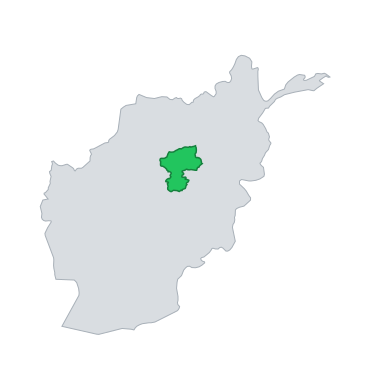 where Bamyan sits in Afghanistan, rotated 352°
{"feature_id": "AFG-1743", "entity_name": "Bamyan", "entity_type": "Province", "adm_level": 1, "iso_a3": "AFG", "parent_name": "Afghanistan", "parent_adm1": "", "projection": "equal_earth", "projection_center": [67.218, 34.704], "detail": "fine", "context": "in_parent", "style": "filled", "palette": "green", "viewbox_px": 384, "rotation_deg": 352, "n_neighbors": 0, "source": "natural_earth", "source_scale": "10m", "svg_char_len": 7504}
<svg xmlns="http://www.w3.org/2000/svg" viewBox="0 0 384 384"><g transform="rotate(352 192 192)"><path d="M167.8,94.2L175.3,93.4L180.4,94.4L183.0,97.2L185.6,97.9L188.2,96.6L189.8,96.3L190.4,97.2L191.7,97.6L193.6,97.4L194.7,98.2L195.0,99.8L196.4,101.9L199.0,104.5L201.4,105.1L204.4,103.1L205.4,103.4L205.9,102.7L206.2,101.3L208.0,99.9L211.4,98.6L213.3,97.5L213.9,96.6L215.1,96.3L216.3,96.6L217.2,96.2L217.8,94.9L219.0,94.5L220.0,94.7L224.7,99.3L226.5,100.7L227.3,100.5L229.6,98.0L229.9,95.7L229.2,92.7L229.6,90.2L231.1,88.4L233.9,87.3L238.0,86.8L240.5,87.1L241.5,88.0L242.7,88.6L244.3,88.7L245.7,87.6L247.0,85.3L247.0,82.5L245.8,79.2L246.1,78.1L248.2,76.5L250.3,74.0L252.4,70.8L254.4,66.9L256.8,64.4L259.8,63.5L263.4,64.6L267.7,67.6L269.4,71.4L268.4,75.8L268.4,78.3L269.3,78.8L274.1,77.9L274.7,78.5L274.7,79.8L274.0,81.7L273.3,87.0L272.0,100.2L274.2,108.0L275.7,111.2L277.1,112.2L278.6,112.5L280.0,112.2L282.9,110.2L287.3,106.5L291.6,104.2L297.8,102.9L299.8,98.9L302.6,96.3L309.2,92.4L312.7,90.9L314.8,90.6L319.8,92.1L320.1,93.3L319.8,94.6L318.4,95.6L318.0,96.5L318.6,97.1L320.6,97.3L329.3,94.6L331.1,92.2L333.0,92.1L336.7,93.1L339.5,92.8L341.1,93.8L344.6,97.3L343.5,97.5L341.9,96.8L341.1,95.7L337.6,97.2L333.7,99.3L333.8,99.9L337.4,103.1L330.2,106.6L327.0,108.6L326.2,108.6L321.3,106.8L307.6,107.4L297.2,108.5L293.2,110.2L289.4,111.1L287.5,112.0L286.2,113.9L280.6,118.0L279.5,119.5L276.3,119.4L273.1,123.4L268.3,128.2L267.3,130.4L268.1,131.6L270.7,133.3L271.9,135.0L273.8,139.6L274.6,142.9L275.8,144.3L276.4,148.2L275.3,150.4L275.3,151.5L277.0,154.5L276.6,155.4L275.4,156.8L273.6,160.6L270.2,163.4L268.8,165.9L266.4,168.7L265.4,171.0L264.4,172.2L263.3,172.9L263.6,174.2L264.6,175.7L266.2,177.5L266.2,184.5L265.4,186.5L261.1,188.5L256.9,189.3L251.8,189.3L249.9,189.0L242.8,186.5L240.6,187.7L240.1,190.8L244.2,195.9L245.9,198.7L247.8,203.4L249.2,205.9L248.8,208.2L241.5,213.2L236.9,213.7L233.9,214.6L232.5,215.8L231.5,221.2L230.5,223.1L230.5,225.5L229.6,228.1L228.1,229.8L227.1,232.6L228.0,246.8L223.8,252.5L221.4,254.6L219.2,255.5L217.3,255.2L214.9,251.9L213.3,250.7L211.6,250.9L210.0,252.1L207.3,251.7L205.0,250.6L203.9,250.7L203.2,251.8L200.8,254.3L194.8,258.0L192.3,258.3L191.3,259.2L191.7,260.8L192.8,262.0L194.7,262.9L194.7,263.9L191.7,265.8L188.6,267.1L185.0,267.5L181.3,266.8L179.4,265.2L177.1,265.0L175.1,266.2L172.9,268.2L170.0,273.3L165.7,276.4L164.6,279.5L163.3,285.2L163.6,293.5L163.1,297.2L162.2,299.6L162.3,301.5L163.8,303.7L163.2,305.1L162.0,306.7L160.8,307.6L137.2,315.6L133.3,315.8L131.3,315.5L124.6,315.5L121.8,316.1L119.0,317.1L117.0,318.5L115.3,320.5L112.6,319.4L103.8,317.4L79.9,320.0L77.7,319.5L44.5,306.9L65.6,278.7L66.2,276.3L66.3,271.7L65.2,265.6L63.2,262.8L45.1,259.5L44.6,254.8L44.9,252.7L44.6,248.6L44.7,245.4L45.7,240.2L45.8,237.9L40.6,214.7L40.6,212.5L44.1,207.2L48.5,202.0L48.3,201.0L46.2,200.5L42.9,200.4L41.2,199.6L39.9,198.2L39.4,196.1L40.4,192.4L39.7,185.3L43.2,179.2L48.5,178.9L45.9,174.5L45.4,174.0L45.2,173.3L45.5,172.5L46.8,172.2L50.1,169.4L50.2,167.9L52.9,163.7L52.8,161.9L54.6,157.0L53.8,153.8L53.7,152.0L55.6,150.9L56.9,146.3L57.6,145.2L57.7,144.1L57.3,142.3L59.1,142.0L60.7,144.3L63.2,146.8L64.8,147.5L66.9,147.9L71.5,147.1L72.5,147.2L77.3,151.5L78.1,152.6L78.5,154.4L79.2,154.9L80.9,153.2L82.6,152.6L85.7,153.1L87.3,152.5L95.3,147.1L95.9,143.7L96.7,141.8L97.8,140.6L96.5,136.7L97.0,135.9L98.0,135.6L100.6,135.6L112.6,131.3L115.7,131.3L116.4,130.9L116.6,129.7L117.5,128.4L123.1,125.3L126.4,122.1L127.6,119.7L133.1,100.1L135.9,98.4L138.8,97.1L148.6,96.8L150.4,90.8L151.3,89.3L153.1,88.0L160.2,92.2L167.8,94.2Z" fill="#d9dde1" stroke="#a8b0b8" stroke-width="1"/><path d="M188.0,184.0L187.2,184.7L186.9,185.1L186.7,185.6L186.6,185.8L186.2,186.9L185.9,187.3L185.8,187.5L185.6,187.6L183.8,187.9L183.1,188.2L183.0,188.3L182.9,188.4L182.8,188.5L182.6,188.8L182.4,189.1L182.2,189.2L181.9,188.8L181.8,188.7L181.7,188.6L181.1,188.8L180.9,188.9L179.7,189.7L179.4,189.7L178.6,189.3L178.5,189.2L178.4,189.2L178.3,188.9L178.2,188.8L178.0,188.7L174.2,187.8L173.8,187.8L173.2,188.0L172.9,188.1L172.7,188.2L172.6,188.3L172.3,188.5L171.7,188.7L171.2,188.7L170.0,187.9L168.8,186.6L168.6,186.3L168.5,186.2L168.4,185.9L168.4,185.5L168.5,184.7L168.6,184.2L169.2,183.0L169.2,182.7L168.9,181.6L168.8,180.5L168.9,180.4L168.9,180.2L169.1,180.1L169.4,179.8L169.5,179.8L169.7,179.7L169.8,179.6L169.9,179.4L169.9,179.2L169.7,178.9L169.3,178.7L168.6,178.4L167.8,178.3L167.7,178.0L167.5,177.7L167.9,176.9L169.2,175.9L169.4,175.8L170.6,175.4L170.8,175.4L171.4,175.7L171.6,175.6L171.9,175.4L173.2,174.1L173.2,173.8L172.9,173.5L172.8,173.3L172.7,173.0L172.7,172.9L172.7,172.5L172.8,172.2L173.5,171.4L173.8,170.9L174.0,170.7L174.0,170.3L174.0,170.1L173.9,169.9L173.8,169.7L173.6,169.4L173.4,169.2L172.6,168.7L172.4,168.6L172.1,168.7L171.9,168.7L171.5,168.5L171.4,168.4L171.4,168.5L171.2,168.6L171.1,168.3L171.2,168.1L171.3,167.9L171.2,167.7L170.8,167.4L170.6,167.2L170.4,167.0L170.1,166.7L170.0,166.4L169.9,165.5L169.7,165.4L169.1,164.7L168.8,164.3L168.7,164.1L166.9,162.6L166.3,162.3L165.3,162.1L165.1,162.0L165.0,161.9L164.9,161.8L164.8,161.6L164.7,161.5L164.7,161.3L164.6,161.1L164.6,160.9L164.7,160.1L164.7,159.9L164.8,159.8L164.8,159.6L164.9,159.3L165.0,158.6L165.2,157.4L165.2,157.2L164.9,156.8L164.8,156.7L164.7,156.6L164.7,156.4L164.8,155.7L165.0,155.2L165.2,154.8L165.4,154.7L165.5,154.6L166.0,154.4L169.0,154.8L169.4,154.8L170.2,154.5L171.3,154.0L171.8,154.0L172.0,153.8L172.1,153.6L173.5,150.9L174.6,149.5L174.8,149.2L175.4,149.1L176.5,149.6L177.1,149.7L179.2,149.8L179.8,149.6L181.7,148.7L183.4,148.2L185.4,147.4L185.6,147.4L185.8,147.4L186.2,147.5L186.6,147.5L187.4,147.8L189.7,146.8L191.0,146.5L191.6,146.5L194.4,147.2L194.6,147.2L194.9,147.2L196.0,146.8L196.4,146.8L196.5,146.9L196.7,147.2L196.8,147.3L197.0,147.4L199.2,147.1L200.1,147.1L201.9,146.7L201.9,147.4L202.0,147.9L202.3,148.9L202.3,149.1L202.3,149.3L202.1,149.7L202.1,150.0L202.2,150.8L202.2,151.0L202.1,151.3L202.0,151.5L201.9,151.8L201.8,152.6L201.7,152.9L201.6,153.2L201.5,153.5L201.4,153.8L200.8,154.1L200.7,154.2L200.6,154.4L200.5,154.6L200.4,154.8L200.3,155.0L200.2,155.6L200.2,155.8L200.3,156.1L200.4,156.4L200.4,156.6L200.3,156.9L200.4,157.9L200.5,158.1L200.7,158.3L201.3,158.5L201.5,158.6L201.6,158.8L201.8,158.8L202.4,158.6L202.6,158.6L202.8,158.8L203.6,159.4L203.7,159.5L203.8,159.5L204.0,159.4L205.1,160.7L205.4,161.5L205.4,162.3L205.5,162.9L205.5,163.7L205.4,164.6L205.5,164.8L205.9,165.1L206.1,165.3L203.7,166.7L203.1,167.2L202.8,167.7L202.4,168.3L202.1,168.5L201.7,168.4L201.4,168.4L201.1,168.4L201.0,168.5L200.8,168.7L200.7,168.9L200.3,169.5L200.2,169.6L200.1,170.0L199.6,171.1L198.3,170.9L194.4,169.7L193.9,169.6L193.1,169.7L192.5,169.7L192.1,169.6L191.7,169.5L191.0,169.4L190.9,169.4L190.7,169.1L190.1,168.8L189.8,168.7L189.6,168.7L189.4,168.7L188.8,169.1L188.7,169.2L186.8,169.6L185.6,169.8L185.4,169.9L185.2,170.0L185.0,170.4L185.2,171.2L185.5,171.5L186.1,172.1L186.2,172.3L186.3,172.5L186.3,173.0L186.2,173.2L186.1,173.3L185.8,173.6L185.7,173.7L185.0,173.8L184.8,173.8L184.7,173.9L184.6,174.1L184.4,174.4L184.3,174.7L184.1,175.2L184.1,175.5L184.3,175.9L184.5,176.0L186.2,176.3L187.2,176.3L187.4,176.3L187.6,176.4L187.8,176.5L188.0,176.9L188.0,177.1L188.0,177.3L187.9,177.5L187.7,177.7L187.5,177.8L187.0,178.1L187.0,178.3L187.2,178.5L187.8,178.6L188.1,178.6L190.2,179.7L190.5,179.9L190.5,180.1L190.3,180.3L190.0,180.8L189.9,181.2L189.8,181.3L189.7,181.4L188.0,182.1L187.8,182.3L187.7,182.5L187.6,183.1L187.6,183.4L187.7,183.6L188.0,184.0Z" fill="#22c55e" stroke="#15803d" stroke-width="1.5"/></g></svg>